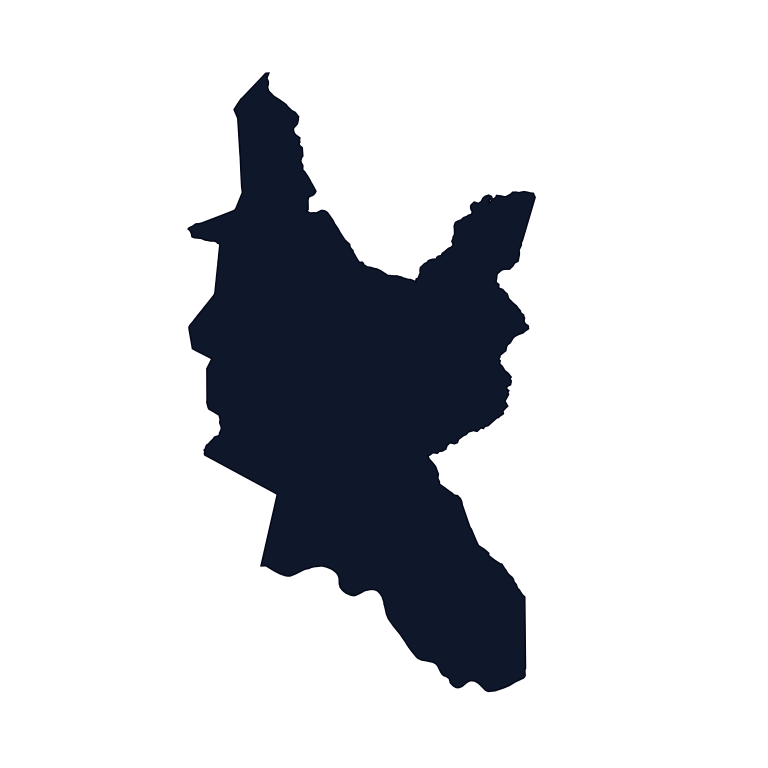 Caxias, Maranhão, Brazil, rotated 117°
{"feature_id": "56859067B41786417257262", "entity_name": "Caxias", "entity_type": "district", "adm_level": 2, "iso_a3": "BRA", "parent_name": "Brazil", "parent_adm1": "Maranhão", "projection": "natural_earth1", "projection_center": [-43.396, -4.846], "detail": "fine", "context": "isolated", "style": "filled", "palette": "ink", "viewbox_px": 768, "rotation_deg": 117, "n_neighbors": 0, "source": "geoboundaries", "source_scale": "gbopen_adm2", "svg_char_len": 6171}
<svg xmlns="http://www.w3.org/2000/svg" viewBox="0 0 768 768"><g transform="rotate(117 384 384)"><path d="M269.2,280.3L266.7,281.9L266.2,285.5L265.4,286.7L264.0,288.0L261.4,288.7L260.4,290.0L259.1,291.0L258.6,294.2L256.8,295.9L255.7,298.8L254.3,301.4L253.5,305.1L253.0,306.7L252.0,309.8L251.1,312.1L249.4,313.5L247.8,315.2L247.3,317.7L245.9,321.2L246.4,324.9L245.4,325.9L243.1,326.9L242.9,329.1L241.9,330.7L239.1,331.5L235.8,332.8L234.4,333.1L229.7,331.2L228.3,330.3L227.0,328.7L225.9,326.7L224.7,324.3L220.1,322.7L217.0,322.6L213.7,320.3L207.4,322.1L205.3,323.1L203.5,324.5L197.8,324.7L195.8,325.8L193.0,325.9L149.0,334.1L147.8,335.8L146.3,337.4L147.6,341.0L147.9,342.9L149.1,346.7L152.4,350.8L153.0,353.2L154.7,356.4L157.4,357.3L161.9,360.5L162.8,362.3L163.1,364.4L164.9,369.3L167.1,369.2L171.3,371.4L175.0,372.2L172.5,373.8L171.0,373.1L169.4,372.1L168.1,373.4L168.2,376.5L170.7,379.0L173.1,380.1L177.4,380.2L180.3,381.9L180.9,386.2L185.0,387.7L187.0,387.2L188.8,385.9L190.3,383.6L192.7,383.0L193.9,383.8L195.4,385.5L197.1,386.2L199.6,388.6L202.9,389.8L205.4,392.2L207.7,393.7L211.4,393.2L215.1,390.9L218.6,389.1L221.9,389.1L223.6,388.4L225.9,388.4L228.2,385.8L229.6,385.6L231.6,386.2L234.0,388.2L238.6,390.0L241.1,391.4L243.6,391.2L245.4,393.6L247.2,394.4L249.0,394.2L250.8,397.3L252.9,399.6L254.3,400.6L256.0,400.7L258.5,402.6L261.1,403.4L263.7,404.4L266.5,403.5L268.5,402.2L274.4,401.6L275.6,402.9L277.0,402.7L278.6,402.0L278.6,404.5L278.9,407.9L280.0,410.2L280.4,413.2L280.9,415.3L280.8,417.0L281.4,419.2L281.8,421.6L282.7,423.2L284.2,426.3L284.6,428.0L285.6,429.8L284.8,436.7L284.6,438.5L284.8,442.9L285.5,445.0L286.3,449.5L287.3,451.6L287.0,455.9L285.9,457.2L285.3,458.7L286.8,461.0L285.9,463.0L284.0,466.1L281.9,469.2L280.6,471.4L279.2,472.2L278.6,474.2L277.4,476.4L275.1,478.1L273.5,484.1L269.3,491.5L266.3,495.9L263.6,500.9L262.2,502.6L260.8,504.8L256.9,512.3L256.6,515.2L257.2,517.4L257.9,518.7L262.3,521.9L263.2,524.0L265.1,527.3L265.2,528.9L265.0,531.6L263.0,530.8L254.7,535.2L251.8,536.0L249.4,534.3L248.5,533.3L246.4,532.4L245.0,532.1L243.1,532.2L238.8,538.4L237.8,540.2L236.0,542.5L233.4,546.6L231.0,550.9L230.1,553.7L226.2,555.5L224.3,558.3L222.7,559.6L219.3,560.2L217.8,559.8L210.6,564.1L209.8,567.4L208.5,568.9L206.8,568.7L205.2,570.0L202.9,570.7L202.2,575.4L201.5,577.3L199.7,579.5L197.0,580.8L194.7,580.1L191.5,579.3L187.9,580.2L184.6,581.5L182.3,586.5L182.3,590.2L180.6,596.0L179.5,598.0L178.1,607.4L177.7,612.8L175.3,619.8L172.2,622.6L169.4,623.2L167.1,624.3L164.9,627.0L162.8,627.5L160.9,627.5L159.2,627.8L160.9,630.5L165.6,631.8L191.4,639.5L193.2,640.0L194.9,640.8L200.7,641.5L207.5,642.2L210.9,638.2L213.5,635.0L244.8,616.5L247.0,615.1L258.0,608.9L272.3,600.7L277.7,597.1L295.1,595.6L296.7,595.9L298.4,597.1L309.3,606.8L322.7,618.9L324.2,620.4L325.6,622.2L326.3,623.7L327.4,624.7L330.1,626.0L333.4,628.6L334.8,628.9L335.5,626.3L337.2,624.1L340.0,621.9L339.7,619.2L338.1,615.3L337.3,613.2L337.1,611.5L336.9,608.6L336.0,606.2L335.4,603.6L334.3,601.5L333.5,599.4L333.5,597.4L334.1,596.0L333.6,593.6L335.0,593.3L339.6,591.5L345.4,589.3L346.9,588.6L351.4,587.0L352.9,586.2L354.8,585.6L363.1,582.4L365.0,581.7L366.6,581.0L371.2,579.3L372.6,578.7L374.3,578.1L378.3,576.5L379.7,576.0L381.8,575.8L385.5,576.5L387.4,576.9L391.9,577.8L398.9,579.3L401.1,579.6L403.0,580.1L408.0,581.2L410.1,581.5L412.6,582.1L414.7,582.4L418.6,583.3L420.2,583.6L421.9,583.6L423.6,582.6L434.0,574.8L436.0,573.3L439.4,570.8L439.6,567.3L439.6,548.8L450.8,548.8L453.6,547.3L478.4,534.5L481.0,533.4L485.0,529.8L485.9,528.4L485.9,526.4L486.6,516.7L488.3,515.4L489.9,513.9L492.1,513.2L493.5,512.5L495.0,510.7L497.0,508.9L499.1,508.4L502.3,508.3L504.2,507.5L505.9,508.4L507.0,509.8L508.5,511.0L510.9,511.3L513.7,512.3L516.9,513.1L519.0,514.3L521.6,514.1L523.0,513.8L524.5,514.3L525.7,512.9L527.7,512.4L528.7,511.3L528.7,509.0L530.5,433.2L530.7,429.0L548.0,424.6L601.9,411.0L599.5,406.6L599.7,404.4L600.3,396.7L600.3,390.6L599.6,385.1L599.1,383.5L598.5,382.0L597.6,380.4L593.5,376.8L585.6,371.0L583.7,369.0L582.7,367.5L580.5,365.7L578.6,363.5L574.2,356.7L573.2,352.5L572.9,349.8L572.7,346.8L573.0,344.2L573.5,341.7L574.1,339.9L575.3,337.9L577.2,336.0L579.1,334.8L582.0,333.3L584.8,330.9L586.4,327.8L587.0,325.7L587.5,323.0L587.2,317.8L586.3,314.8L585.0,313.2L581.1,310.2L576.9,307.4L573.3,303.0L571.8,300.0L571.2,296.9L571.6,294.8L572.6,292.0L574.5,288.9L578.5,284.9L579.9,284.2L581.7,282.4L587.8,277.4L591.1,273.6L595.3,265.7L599.3,256.6L604.5,247.0L605.8,245.0L607.4,242.1L609.3,238.3L612.3,231.5L613.0,229.2L612.8,225.1L611.7,221.8L609.6,214.0L609.7,210.8L610.7,208.2L614.8,202.8L616.3,200.2L616.7,198.1L616.3,196.0L616.8,192.2L617.8,191.2L620.1,189.3L621.5,185.3L621.7,182.1L621.0,180.2L620.0,178.9L617.9,177.1L613.2,175.2L610.7,173.8L608.7,171.8L607.5,168.3L607.6,165.0L608.1,162.5L610.8,154.4L610.6,151.6L606.9,145.8L600.7,139.7L595.8,135.5L589.9,131.9L582.7,126.3L581.3,125.8L579.7,125.9L575.3,128.5L573.0,128.9L509.8,161.9L509.0,165.0L507.0,168.5L506.0,170.0L505.5,172.1L502.6,175.2L501.7,177.3L500.9,178.7L499.3,180.0L498.2,181.8L497.2,186.0L496.3,188.3L494.7,190.6L493.9,192.4L491.0,197.2L491.5,198.9L490.7,205.9L489.4,212.7L487.2,213.9L485.8,219.4L485.1,226.5L482.0,230.5L473.6,240.4L472.8,242.2L456.3,259.3L453.8,261.1L451.6,263.6L450.1,267.8L451.2,271.2L450.3,273.9L450.0,276.7L449.6,279.0L448.0,289.2L445.9,290.3L443.6,293.3L439.5,294.7L437.5,297.0L434.2,300.5L432.3,304.6L430.2,310.0L427.8,312.4L426.1,310.6L423.7,309.8L422.5,308.0L421.5,305.0L419.1,304.4L417.3,301.6L413.9,299.4L410.5,299.9L406.5,298.7L405.2,294.0L402.9,292.0L399.5,292.5L393.8,289.7L391.8,287.9L388.5,287.1L384.9,283.3L383.9,279.5L379.1,277.9L378.5,275.2L375.8,274.8L374.0,272.4L362.7,268.0L361.9,266.7L360.4,266.4L356.3,264.1L354.1,265.8L350.2,264.7L347.5,263.7L344.4,268.5L336.7,268.3L335.5,269.8L333.2,269.8L332.7,272.5L330.3,273.3L327.3,270.9L323.6,271.9L322.1,274.2L320.1,273.8L319.1,276.1L318.1,278.1L317.3,282.3L314.5,286.8L313.7,289.8L312.3,290.6L310.5,291.0L309.9,293.2L307.4,292.9L305.9,293.7L301.1,291.6L299.2,290.6L294.7,291.8L293.0,291.8L290.1,290.3L284.1,289.8L281.8,288.8L278.6,286.5L275.6,283.5L271.9,281.9L269.2,280.3Z" fill="#0f172a" stroke="#020617" stroke-width="1.5"/></g></svg>